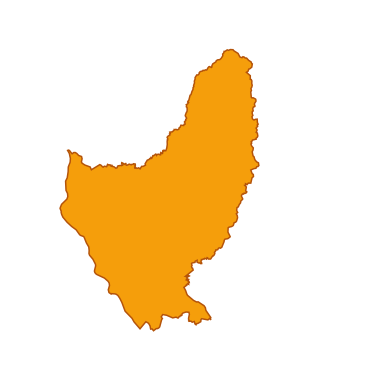 outline of Morales, Bolívar, Colombia, rotated 141°
{"feature_id": "7082276B13474155488733", "entity_name": "Morales", "entity_type": "district", "adm_level": 2, "iso_a3": "COL", "parent_name": "Colombia", "parent_adm1": "Bolívar", "projection": "robinson", "projection_center": [-74.012, 8.269], "detail": "fine", "context": "isolated", "style": "filled", "palette": "amber", "viewbox_px": 384, "rotation_deg": 141, "n_neighbors": 0, "source": "geoboundaries", "source_scale": "gbopen_adm2", "svg_char_len": 6071}
<svg xmlns="http://www.w3.org/2000/svg" viewBox="0 0 384 384"><g transform="rotate(141 192 192)"><path d="M64.5,253.6L64.8,254.2L64.2,255.9L65.1,258.6L65.3,261.7L66.4,262.7L66.5,263.9L67.3,265.1L68.6,264.9L69.8,266.8L69.0,270.7L70.5,275.1L70.6,276.8L72.6,278.6L74.5,279.1L75.2,280.3L77.9,280.5L78.5,281.1L79.8,280.1L81.4,279.9L82.3,278.5L85.2,277.5L87.1,277.4L88.8,278.5L90.4,278.8L91.6,278.1L95.3,278.5L97.2,277.5L98.0,276.6L98.6,276.6L99.4,278.4L100.0,278.7L101.7,278.4L103.4,277.6L104.2,277.8L104.7,278.5L106.1,278.7L106.8,279.6L107.6,279.4L109.8,280.4L111.3,280.2L111.9,279.4L113.8,279.2L114.6,280.0L117.6,279.0L118.5,277.8L120.4,276.7L121.4,275.2L123.7,273.8L124.3,272.7L125.3,272.6L126.8,271.0L128.7,270.2L131.5,268.3L132.6,268.4L136.6,265.4L138.3,265.0L138.4,263.8L139.0,264.0L139.1,263.5L140.0,263.2L141.5,263.5L141.9,262.4L142.8,261.8L142.7,260.7L144.1,258.8L145.5,257.5L146.1,257.5L149.0,255.8L149.6,254.5L149.4,253.6L149.8,252.7L151.3,252.3L151.8,251.6L153.8,251.2L154.0,250.0L154.8,249.1L155.5,249.6L156.6,248.9L158.6,250.9L160.5,249.8L161.5,250.0L162.9,249.1L164.5,249.7L165.0,250.8L166.2,251.3L166.5,251.8L167.2,251.3L169.5,251.2L171.6,252.5L172.1,251.0L172.9,251.3L173.4,250.2L175.6,250.5L176.9,250.2L177.4,248.4L178.1,248.3L178.5,247.5L179.1,247.4L181.4,244.4L184.0,242.0L186.4,240.6L187.2,241.2L187.4,242.1L188.3,241.7L188.7,242.4L190.7,240.5L191.1,240.8L191.3,242.3L191.8,242.1L193.0,240.7L193.5,241.0L194.0,242.3L195.6,243.2L196.4,242.8L196.2,243.9L196.5,244.4L198.3,244.2L199.5,244.9L200.1,244.3L200.9,244.3L201.8,243.6L202.2,243.7L202.4,244.5L203.0,243.9L203.8,244.6L205.0,244.3L206.7,244.9L210.6,243.5L211.3,242.1L213.9,242.7L215.0,243.6L217.8,242.7L218.2,244.3L219.9,245.0L220.3,246.1L221.0,246.1L221.4,246.5L221.0,247.2L220.2,247.3L220.0,248.3L219.3,248.3L218.5,249.4L219.6,250.7L220.3,250.5L221.2,251.3L222.1,251.4L223.3,253.2L225.8,253.7L226.2,254.6L225.5,255.7L226.0,256.1L227.6,256.2L227.4,257.5L228.1,259.0L228.6,258.7L229.4,256.6L230.1,256.8L230.8,257.6L232.7,258.7L233.5,258.9L234.9,258.0L236.2,258.4L236.8,260.8L237.6,261.8L237.5,262.9L238.2,262.5L238.8,263.7L238.5,264.2L238.6,264.7L239.7,265.5L240.2,266.6L242.4,265.4L243.9,267.2L245.3,267.2L245.7,267.9L245.8,269.9L246.4,271.3L256.2,272.6L255.4,275.6L258.3,280.4L259.3,283.6L259.0,285.0L256.5,287.0L255.5,289.1L257.1,291.7L257.3,294.6L258.0,296.3L259.3,297.2L260.7,297.0L261.2,297.4L261.1,301.4L261.6,302.3L262.5,302.6L263.1,299.1L265.4,294.6L268.0,291.8L272.4,289.3L275.5,285.7L280.1,281.5L283.4,280.0L288.9,272.5L289.6,269.3L291.4,266.6L293.7,265.2L301.1,264.5L304.0,262.9L304.9,262.2L305.7,259.5L306.6,258.4L307.4,256.6L308.2,253.6L308.1,247.1L307.2,240.9L305.8,235.5L306.2,229.5L305.9,228.4L304.3,225.7L304.3,224.7L306.1,218.9L306.8,214.3L308.7,211.3L310.8,209.0L311.4,207.3L311.3,202.1L312.5,196.6L313.4,195.2L317.1,192.4L317.8,191.6L318.2,190.4L318.2,188.9L317.8,187.6L314.2,180.2L313.4,175.3L313.7,173.3L315.0,171.2L318.6,168.7L319.8,166.1L319.1,163.7L318.9,163.5L318.6,163.7L316.0,161.3L315.3,160.3L314.7,158.3L315.0,154.9L316.0,150.3L319.0,141.4L318.1,131.6L318.8,127.5L318.5,118.4L309.5,120.2L308.5,117.7L308.5,116.6L308.9,114.3L310.4,111.5L309.2,110.7L309.2,108.4L305.7,108.3L304.7,107.5L303.3,107.3L302.0,107.5L295.8,112.0L294.7,112.2L294.5,114.3L291.9,115.2L289.3,112.2L286.2,106.3L283.2,104.8L282.2,102.8L280.8,103.2L279.8,102.8L278.9,103.3L278.3,103.2L278.0,102.6L277.4,102.6L276.3,103.6L275.1,103.6L272.2,102.5L270.1,100.5L271.0,98.6L274.1,96.1L274.9,95.0L275.0,94.0L275.7,93.9L275.7,93.4L274.1,92.3L273.8,90.7L271.7,89.9L272.6,87.8L272.7,87.0L272.4,86.3L271.5,86.9L270.2,86.2L266.8,85.7L265.3,87.2L264.2,87.4L260.1,82.6L257.8,82.6L257.9,81.4L257.4,81.4L257.3,82.7L256.4,82.7L255.7,91.3L254.4,93.7L254.2,96.0L256.3,102.7L257.7,103.7L259.0,106.7L260.5,114.4L260.3,115.8L258.9,119.7L258.3,123.0L254.8,122.9L254.9,123.3L254.0,123.4L253.4,123.4L252.8,122.5L252.5,123.5L251.2,123.2L250.7,124.3L251.1,124.7L250.7,125.2L251.1,125.8L249.6,126.2L250.0,126.8L251.1,126.4L251.5,127.0L250.8,126.9L251.0,127.7L250.4,127.7L249.7,128.4L249.8,129.3L248.8,129.4L248.1,128.5L246.9,128.4L247.2,129.2L248.0,129.1L249.9,130.6L239.7,130.6L240.1,130.8L239.5,132.4L239.8,133.2L239.1,134.6L238.2,134.9L237.5,136.6L236.6,136.8L234.0,135.4L233.1,136.2L231.0,135.7L232.2,134.2L231.4,132.6L230.8,132.3L230.3,130.8L229.5,130.3L229.1,130.8L228.9,132.2L227.2,133.6L226.5,132.9L225.4,132.9L224.9,132.2L224.0,132.5L223.3,131.7L223.0,130.8L221.6,131.5L221.3,130.8L221.6,130.2L221.3,129.4L219.7,128.2L216.2,129.3L215.7,128.9L214.1,129.2L212.7,130.1L212.5,131.0L210.5,131.4L210.0,132.0L208.4,131.0L206.8,131.6L205.9,131.4L205.2,130.4L203.6,130.3L198.4,133.2L197.3,134.2L196.1,134.6L193.5,133.2L190.8,133.1L190.4,133.3L189.3,138.2L186.5,141.4L185.4,141.4L182.9,140.2L181.4,140.0L180.8,140.1L178.7,141.6L177.0,141.1L175.8,141.3L172.8,143.3L171.7,145.1L171.3,147.2L169.4,147.3L168.9,149.6L166.8,151.6L165.4,151.3L163.2,152.5L161.1,153.0L159.9,154.2L157.2,154.5L156.8,155.0L156.3,157.4L155.7,158.2L154.0,158.7L153.2,157.9L152.2,158.3L151.6,157.5L150.2,157.2L149.5,157.5L149.2,157.9L149.6,158.4L149.5,159.2L146.6,161.7L146.8,163.9L146.1,163.5L145.2,164.7L144.5,163.1L142.7,163.5L140.7,161.9L136.5,165.2L134.5,165.3L133.3,167.1L133.7,168.4L132.5,172.1L129.2,171.2L127.4,170.2L125.8,170.9L124.7,170.3L123.4,170.5L122.0,172.9L122.8,174.8L122.8,177.6L121.6,180.5L121.8,181.7L119.9,185.4L118.2,186.2L116.6,187.7L116.7,190.1L116.0,192.2L114.8,192.4L114.4,193.8L113.6,193.7L112.4,194.3L108.9,192.7L108.5,193.4L106.8,193.5L105.6,194.1L104.1,196.7L104.6,197.9L102.4,199.2L102.0,201.3L99.5,201.8L99.2,203.0L97.9,203.1L97.5,204.8L95.5,207.6L97.0,208.6L98.4,208.9L98.8,209.5L99.0,210.7L98.0,212.8L96.5,213.2L95.8,215.2L94.5,216.6L93.4,216.5L92.4,218.5L90.7,219.4L89.6,218.9L89.0,219.1L88.3,220.9L87.4,221.6L85.3,222.2L84.5,223.2L84.1,224.1L84.3,224.7L85.1,226.6L86.3,227.6L86.3,228.3L83.3,232.9L82.0,233.4L81.1,235.3L79.5,235.9L78.0,237.1L77.3,238.7L75.6,240.6L75.2,242.1L75.8,242.9L73.5,245.7L74.4,250.8L72.4,250.6L70.6,251.8L69.7,251.4L67.0,251.4L64.5,253.6Z" fill="#f59e0b" stroke="#b45309" stroke-width="1.5"/></g></svg>